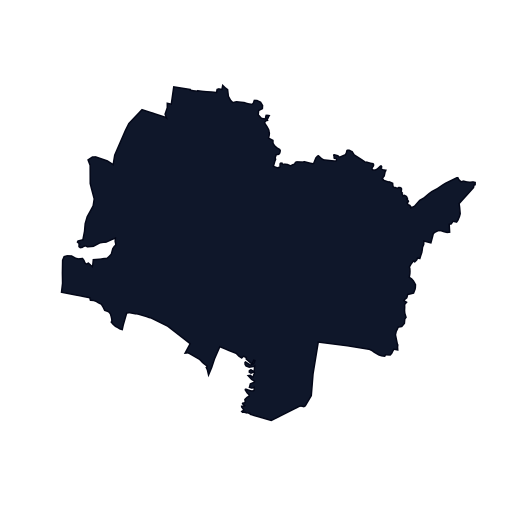 outline of Muhradah, Hamah, Syria, rotated 287°
{"feature_id": "27442178B78133098408237", "entity_name": "Muhradah", "entity_type": "district", "adm_level": 2, "iso_a3": "SYR", "parent_name": "Syria", "parent_adm1": "Hamah", "projection": "orthographic", "projection_center": [36.557, 35.29], "detail": "fine", "context": "isolated", "style": "filled", "palette": "ink", "viewbox_px": 512, "rotation_deg": 287, "n_neighbors": 0, "source": "geoboundaries", "source_scale": "gbopen_adm2", "svg_char_len": 6092}
<svg xmlns="http://www.w3.org/2000/svg" viewBox="0 0 512 512"><g transform="rotate(287 256 256)"><path d="M376.1,126.5L371.9,127.8L365.1,127.6L361.8,130.1L362.1,129.2L362.2,127.4L362.6,104.2L345.5,95.7L337.8,94.4L311.2,91.4L301.6,92.7L303.5,86.0L303.9,73.7L302.8,70.6L298.8,67.3L294.2,70.9L276.8,76.3L272.8,78.7L263.3,84.6L256.4,85.6L250.8,84.5L244.2,83.1L237.0,83.2L229.5,84.8L220.9,85.7L218.3,81.4L217.1,81.2L215.9,83.9L215.3,83.4L213.2,84.0L212.6,85.5L213.4,87.2L214.9,88.5L215.9,90.0L215.5,92.1L217.7,97.6L222.9,102.8L224.4,105.8L225.4,108.5L229.7,113.4L232.0,116.3L228.7,117.1L227.0,118.1L225.3,118.7L223.8,117.7L221.1,116.9L215.4,117.1L212.6,115.7L210.1,114.2L209.1,111.3L207.6,108.4L204.9,101.5L199.9,102.5L197.9,102.6L200.2,97.7L198.6,96.3L199.4,94.4L201.5,92.7L202.9,90.8L201.3,87.1L201.1,84.2L202.1,79.6L201.0,75.4L199.3,72.7L195.4,72.3L183.2,75.8L173.3,79.0L164.5,80.6L167.5,109.3L165.3,110.6L166.0,113.8L165.9,116.4L165.2,119.0L164.7,122.2L162.3,124.9L159.8,127.2L159.7,130.3L159.4,131.8L158.1,133.7L155.5,135.4L153.5,136.5L151.4,137.3L150.5,136.9L149.0,139.2L147.6,142.2L147.2,144.6L146.5,147.1L146.5,149.6L151.2,149.2L163.6,149.0L164.8,151.4L165.5,157.8L165.8,158.6L166.0,160.5L166.1,168.9L165.9,171.8L166.1,173.6L163.1,192.0L152.9,218.7L142.4,216.6L143.5,219.3L143.3,220.9L140.7,232.1L139.9,233.8L139.2,234.8L138.1,237.0L136.9,240.2L136.3,241.5L135.0,241.4L134.8,241.1L132.9,242.8L128.4,245.4L136.4,246.2L145.6,246.4L158.7,247.9L158.1,254.4L157.7,257.7L157.1,265.6L155.2,269.0L154.3,272.1L156.5,273.3L156.1,276.3L154.6,276.8L151.8,283.0L152.2,283.8L155.8,284.3L155.7,285.6L153.8,285.6L152.3,285.3L150.1,282.7L150.3,281.7L151.6,276.9L150.9,276.6L149.1,277.3L147.9,278.7L147.7,282.0L149.7,286.2L150.5,286.9L145.3,287.9L144.9,287.6L145.7,284.4L144.4,283.2L143.0,283.5L142.5,285.5L144.5,287.9L143.9,288.8L139.4,288.4L139.2,287.5L140.3,285.7L139.3,283.5L136.7,287.9L135.9,291.2L134.8,291.3L132.1,288.0L128.5,288.1L128.5,290.7L129.9,292.7L126.9,293.5L126.2,292.8L125.6,291.1L125.5,290.3L125.7,285.2L125.3,284.8L124.8,284.9L122.5,287.6L121.2,290.1L119.8,290.3L118.4,288.9L115.6,287.3L113.2,288.4L112.5,288.4L111.3,286.3L110.8,286.3L110.6,286.7L109.6,289.0L109.1,288.9L108.1,286.2L107.4,286.5L105.4,289.2L104.7,289.2L103.2,287.8L102.6,288.8L103.4,291.2L103.2,291.2L103.3,292.0L103.1,292.5L103.7,294.2L103.5,295.6L103.8,296.3L102.9,296.9L103.0,298.9L102.9,300.3L103.2,318.7L125.2,341.7L125.8,343.5L125.9,345.8L127.1,346.9L138.6,349.7L160.0,345.0L191.9,340.7L196.9,369.7L199.9,391.8L199.4,394.9L198.6,397.0L197.3,402.5L197.3,405.5L197.8,408.4L199.4,408.7L200.6,413.3L202.6,414.2L205.2,414.6L207.2,415.1L207.6,419.0L210.3,418.0L212.4,417.6L213.3,416.8L221.4,412.4L225.0,412.1L227.6,412.6L229.5,412.7L231.2,416.0L235.0,417.6L239.2,416.7L241.2,417.4L244.8,415.0L247.3,414.0L250.4,413.2L253.1,412.3L255.8,413.5L256.5,410.5L257.9,410.9L260.1,412.4L263.6,412.3L264.7,414.4L266.6,417.5L270.8,417.8L272.5,417.6L275.2,416.9L278.1,413.9L279.6,411.5L280.4,408.8L284.1,408.3L286.4,407.7L288.9,406.8L290.3,405.9L293.6,406.6L297.4,408.0L296.8,409.5L299.2,410.8L301.3,411.1L301.5,413.4L304.3,413.4L307.9,413.5L310.3,413.2L313.0,412.7L316.1,413.0L319.4,412.1L319.7,419.4L325.7,419.2L329.3,419.0L331.2,420.3L333.5,422.8L334.3,425.5L334.2,428.7L334.4,431.9L335.4,434.2L342.8,431.5L343.8,433.3L346.8,434.2L347.1,437.9L349.2,438.6L353.2,439.0L356.1,438.9L362.3,436.4L365.5,434.9L385.0,444.0L387.5,443.7L388.2,444.7L390.4,444.1L390.3,441.9L389.0,439.0L388.4,435.6L388.3,432.5L386.9,430.4L388.4,427.5L389.9,426.1L389.5,425.1L381.1,416.1L378.5,413.8L373.5,409.8L369.1,405.4L366.3,403.3L360.7,399.7L357.1,396.3L350.0,393.1L347.2,390.0L347.8,389.5L348.4,389.6L349.5,388.0L349.3,387.6L349.5,386.5L350.9,385.1L351.7,385.0L352.1,385.7L352.9,385.8L354.2,384.2L354.1,383.8L354.4,383.3L355.0,384.0L355.5,383.9L355.7,383.5L356.9,382.5L357.4,380.2L357.0,379.6L356.2,379.1L357.2,378.4L357.6,377.8L358.5,377.2L359.0,377.5L360.1,375.9L360.9,375.9L362.6,375.6L363.3,375.1L363.6,373.5L363.2,373.2L363.1,372.2L362.8,372.1L362.0,371.4L362.2,368.9L361.8,368.2L362.2,367.0L362.8,366.6L364.1,365.9L364.6,365.8L365.5,365.4L365.9,362.0L365.5,360.7L365.7,355.6L366.0,355.6L366.5,355.1L366.6,354.2L366.8,354.0L369.1,354.8L370.0,355.2L374.6,354.8L375.5,355.2L376.0,355.0L375.6,354.5L375.8,353.7L375.5,352.7L375.8,350.4L376.5,350.0L376.5,349.7L377.9,350.2L378.7,349.4L378.5,348.8L374.7,346.6L373.3,345.2L372.6,343.8L372.5,342.5L372.8,341.7L374.1,341.2L376.3,341.9L377.3,341.9L378.1,341.5L378.5,340.9L378.2,338.6L378.1,335.0L378.2,334.5L377.8,333.9L377.7,333.1L377.7,332.7L378.4,331.0L378.4,330.5L378.8,329.6L381.4,320.3L383.9,317.4L384.0,316.1L384.4,314.4L384.1,313.0L383.7,312.3L383.1,312.1L382.5,312.2L380.7,312.3L380.3,312.1L379.0,312.0L378.6,311.4L375.2,307.4L375.0,306.5L375.7,305.2L375.8,304.8L375.7,301.2L375.5,300.9L374.8,301.0L373.9,301.7L372.7,302.0L372.3,302.4L372.7,303.6L372.8,304.0L371.7,304.9L371.0,305.0L370.0,304.5L367.7,292.6L368.3,290.1L370.1,286.4L369.6,285.7L367.3,284.6L361.4,284.1L360.9,283.5L360.6,280.8L360.3,274.6L359.5,273.4L358.0,267.6L357.1,266.4L355.1,266.0L354.0,264.4L352.3,262.7L352.7,259.3L352.2,256.6L351.4,254.8L351.5,254.4L352.4,253.7L351.9,252.3L351.2,252.1L348.3,252.9L347.7,252.7L347.2,251.5L346.5,251.3L346.8,246.4L352.1,246.3L354.1,246.5L355.6,245.6L358.8,245.7L359.9,248.0L361.5,248.6L363.8,248.4L364.8,247.5L365.4,244.7L366.8,241.6L368.7,239.3L371.5,238.4L372.4,233.5L375.3,233.3L377.3,232.9L379.1,231.9L380.0,231.5L380.6,231.0L382.6,229.0L385.7,225.3L386.7,225.3L388.3,226.0L389.1,227.4L390.7,226.4L391.6,227.3L392.4,227.2L394.1,227.6L393.9,225.9L393.5,224.6L392.0,224.6L391.8,224.8L389.7,224.7L389.2,221.0L391.7,216.8L395.9,216.0L398.8,219.0L401.8,218.3L404.4,215.4L405.0,211.4L404.3,208.9L401.3,208.8L399.8,207.9L399.3,204.3L399.2,202.1L399.3,199.9L398.6,196.4L397.8,192.2L395.9,189.0L397.5,186.1L400.6,182.9L406.8,180.2L407.8,177.4L409.4,174.3L405.3,174.7L404.9,171.5L403.9,170.1L400.8,170.5L399.9,165.9L398.6,160.5L397.8,156.7L397.0,152.0L396.5,152.1L395.7,147.9L395.4,144.6L396.0,144.4L393.7,127.9L376.4,130.6L376.1,126.5Z" fill="#0f172a" stroke="#020617" stroke-width="1.5"/></g></svg>